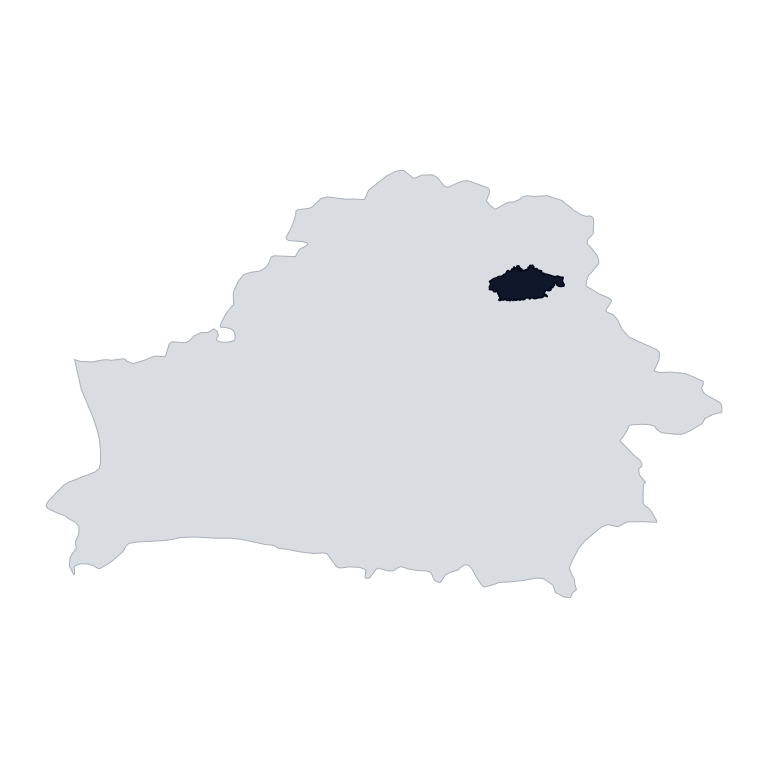 Syanno, Vitebsk, Belarus shown in context
{"feature_id": "67162791B30203465956125", "entity_name": "Syanno", "entity_type": "district", "adm_level": 2, "iso_a3": "BLR", "parent_name": "Belarus", "parent_adm1": "Vitebsk", "projection": "equal_earth", "projection_center": [29.908, 54.823], "detail": "fine", "context": "in_parent", "style": "filled", "palette": "ink", "viewbox_px": 768, "rotation_deg": 0, "n_neighbors": 0, "source": "geoboundaries", "source_scale": "gbopen_adm2", "svg_char_len": 9650}
<svg xmlns="http://www.w3.org/2000/svg" viewBox="0 0 768 768"><path d="M656.7,522.3L643.2,521.7L627.0,521.9L617.9,526.9L608.0,524.5L601.0,527.3L585.0,540.8L578.8,548.1L572.9,559.4L569.3,567.7L571.3,573.6L574.3,579.1L575.0,584.9L576.5,589.5L572.6,592.9L570.3,597.7L563.4,596.9L555.1,592.2L553.3,585.5L546.9,580.9L542.7,578.5L535.8,578.1L524.7,580.3L510.2,581.9L499.2,582.4L493.2,584.7L484.4,587.1L481.0,584.3L476.1,576.7L472.2,569.2L469.4,565.9L467.0,564.9L464.1,565.1L460.6,567.5L458.1,570.0L448.9,572.8L444.9,575.5L440.4,582.5L437.4,582.0L434.4,580.4L431.0,572.6L426.2,570.8L418.5,570.7L409.0,569.1L401.4,566.7L398.5,567.3L393.9,570.6L388.9,571.1L378.1,568.1L375.9,569.5L369.6,578.0L366.6,578.4L365.0,577.4L366.0,569.9L359.7,567.3L349.1,566.9L341.6,567.9L337.9,567.7L336.1,566.2L327.1,553.7L322.3,552.9L313.6,553.5L300.8,552.0L286.2,549.2L278.1,548.2L273.9,545.4L264.9,544.4L240.6,539.2L230.7,538.2L216.1,538.2L193.8,537.0L179.5,537.6L172.8,539.4L165.1,540.5L138.6,541.9L129.0,543.3L126.2,545.9L122.9,551.7L111.5,561.6L100.7,568.2L98.7,568.8L92.6,565.3L87.5,564.1L81.4,563.7L77.1,564.8L74.3,566.5L74.4,574.2L73.7,574.8L69.4,565.7L70.1,557.5L72.9,552.8L76.3,548.5L75.3,542.2L78.7,533.8L79.1,527.8L77.8,525.2L75.4,522.2L68.7,518.8L65.8,516.2L56.6,512.7L47.5,508.4L46.1,505.7L46.6,503.9L48.4,501.1L55.8,493.1L63.8,485.2L68.8,482.1L95.1,472.0L99.2,468.5L100.5,462.6L100.5,450.7L99.4,439.8L97.8,432.3L93.4,418.3L81.3,389.4L74.6,359.6L79.8,361.3L92.0,362.0L101.8,360.0L106.8,359.7L111.3,360.3L124.2,358.7L127.2,361.3L132.8,363.7L144.2,360.3L154.3,356.1L164.7,356.6L166.2,354.5L169.1,344.0L172.3,341.7L184.6,342.8L189.2,340.9L194.2,335.7L201.6,332.5L207.6,332.5L214.1,328.9L217.1,331.3L218.5,335.6L216.3,339.1L217.1,340.4L221.5,342.2L229.0,342.1L233.8,340.7L235.0,338.7L235.1,335.1L234.0,331.7L230.9,328.8L225.0,327.4L220.8,327.3L220.2,325.5L221.7,321.6L225.6,314.3L230.4,307.8L233.2,305.3L233.7,303.1L233.3,299.1L233.4,292.1L237.8,282.1L243.5,274.7L250.8,272.3L259.8,271.0L265.6,267.5L268.5,263.5L271.1,257.1L274.0,255.8L295.4,256.6L298.8,250.3L300.7,248.5L304.9,246.6L307.8,244.4L306.8,242.6L301.3,241.5L288.5,240.5L285.9,238.4L286.8,235.9L290.4,229.4L293.9,221.0L295.7,214.6L296.0,210.8L297.9,209.7L308.4,208.5L311.9,207.2L321.1,198.4L328.0,196.9L345.6,199.2L353.7,199.0L364.0,199.6L364.9,198.7L368.7,190.0L386.4,176.1L395.8,171.3L401.7,170.3L403.8,170.5L413.0,177.9L415.2,178.1L421.5,175.1L432.3,174.8L437.3,177.4L444.3,186.3L448.0,187.4L458.6,182.4L464.4,180.7L468.2,180.8L487.9,187.8L489.4,190.0L489.5,192.6L486.4,200.8L490.5,205.9L495.3,209.3L505.5,203.6L509.2,202.1L513.3,202.0L518.8,199.9L522.8,196.8L526.6,195.7L533.9,196.4L547.0,195.7L562.4,200.6L563.7,202.2L571.4,208.0L574.1,210.9L576.6,211.8L580.8,214.6L586.2,216.4L590.0,215.9L591.9,216.8L593.6,219.0L593.7,222.8L593.2,233.8L587.8,239.5L587.1,241.5L587.4,243.9L591.8,248.6L597.4,256.0L598.8,260.2L598.8,263.4L591.2,272.9L588.6,275.1L586.9,279.7L586.0,284.5L586.6,286.4L599.5,294.0L609.1,298.1L611.2,300.1L611.4,301.3L606.4,309.4L606.0,311.6L613.7,315.0L617.9,320.3L621.8,329.0L629.2,337.3L656.5,349.5L658.9,351.7L659.7,354.3L658.9,360.0L654.1,370.9L658.8,372.5L670.8,372.1L685.4,373.5L703.1,381.2L703.2,384.7L701.5,387.8L702.7,391.2L704.7,394.0L720.1,402.7L721.6,405.2L721.9,409.4L721.6,412.5L717.4,413.2L712.7,414.6L705.1,418.4L702.2,423.6L689.9,430.9L682.3,434.2L676.2,434.3L661.6,432.8L656.5,429.2L654.3,426.0L648.7,424.5L641.3,424.3L631.1,424.9L629.0,425.9L627.4,429.9L623.1,436.8L620.0,440.8L633.2,454.5L639.8,460.1L641.9,463.6L641.8,466.1L638.7,469.0L639.3,474.8L645.7,482.5L643.6,483.8L643.1,493.3L643.2,503.4L645.0,505.9L648.4,507.9L651.4,511.6L656.3,520.1L656.7,522.3Z" fill="#d9dde1" stroke="#a8b0b8" stroke-width="1"/><path d="M532.9,265.6L532.8,265.3L532.6,265.2L532.3,265.2L531.7,265.5L531.3,265.6L531.1,265.5L530.5,265.3L530.2,265.3L529.7,265.6L529.7,266.0L530.0,266.4L529.7,266.9L529.4,267.0L529.0,267.0L528.3,267.1L528.0,267.8L528.0,268.1L528.0,268.4L528.2,268.6L528.5,268.8L528.7,269.1L528.6,269.3L528.2,269.4L527.5,269.4L526.7,269.4L526.2,269.5L525.6,269.8L525.2,270.0L524.8,270.2L524.3,270.4L523.7,270.4L523.3,270.4L523.0,270.3L522.4,270.3L521.9,270.4L521.4,270.6L521.0,270.8L520.7,271.0L520.1,271.0L520.0,270.8L520.0,270.5L520.1,270.2L520.4,270.1L520.7,270.1L521.0,270.0L521.4,269.8L521.7,269.6L521.8,269.2L521.5,268.9L521.2,268.7L520.7,268.6L520.2,268.2L519.9,267.7L519.6,267.3L519.1,266.8L519.1,266.6L519.0,266.2L518.9,266.0L518.3,265.8L517.8,265.9L517.2,265.9L516.9,266.2L516.8,266.6L516.7,266.9L516.8,267.2L517.0,267.4L517.5,267.7L518.0,268.1L518.5,268.6L518.7,269.0L518.5,269.4L518.3,269.7L518.0,269.7L517.6,269.5L517.3,269.2L517.0,269.0L516.6,268.7L515.9,268.3L515.6,268.1L515.1,267.9L514.8,267.6L514.5,267.3L514.2,267.0L513.6,267.2L513.6,267.4L513.7,267.7L514.1,268.1L514.4,268.4L514.7,268.8L514.9,269.0L514.6,269.4L514.3,269.5L513.8,269.6L513.5,269.6L513.3,269.4L513.1,269.1L512.6,268.9L512.3,268.9L512.0,269.0L511.7,269.2L511.4,269.7L511.4,270.3L511.3,270.6L511.0,271.0L510.8,271.2L510.3,271.4L510.0,271.5L509.6,271.5L509.2,271.4L509.1,271.1L508.8,270.8L508.6,270.6L508.2,270.5L507.7,270.6L507.2,270.9L507.0,271.2L506.8,271.6L506.6,272.2L506.5,272.5L506.2,272.9L505.9,273.3L505.4,273.7L505.2,274.0L504.8,274.3L504.2,274.5L503.7,274.5L503.4,274.7L503.5,275.0L503.3,275.5L502.8,275.7L501.9,276.0L501.3,276.2L500.7,276.4L500.2,276.4L499.7,276.4L499.2,276.4L498.8,276.4L498.2,276.6L497.9,276.8L497.7,277.0L497.5,277.3L497.1,277.5L496.6,277.8L496.1,277.9L495.5,278.0L495.0,278.1L494.6,278.3L493.8,278.6L493.2,278.9L492.6,279.2L492.0,279.7L491.7,280.1L491.1,280.5L490.5,280.9L489.8,281.1L489.5,281.5L489.6,281.8L489.8,282.2L490.1,282.6L490.3,282.9L490.5,283.4L490.5,284.1L490.4,284.6L490.3,285.0L490.2,285.3L489.7,286.0L489.5,286.3L489.3,286.9L489.4,287.3L489.5,287.5L489.7,287.9L489.7,288.1L489.6,288.4L489.5,288.7L489.3,289.0L489.5,289.5L490.3,289.7L490.8,289.7L491.5,289.7L492.1,289.7L492.7,290.0L493.0,290.4L493.2,290.7L493.7,291.3L494.1,291.7L495.2,291.8L495.8,291.8L496.3,291.6L496.7,291.4L497.1,291.4L497.6,291.7L497.8,292.1L497.8,292.3L497.8,292.8L497.7,293.1L497.7,293.4L497.9,293.8L498.3,293.9L498.7,294.1L498.9,294.4L499.0,294.6L498.8,295.4L498.9,296.0L499.3,296.3L499.6,296.5L499.8,296.9L499.9,297.4L499.9,297.8L500.3,298.1L500.3,298.5L500.0,298.8L499.6,299.1L499.1,299.3L498.9,299.6L498.8,299.9L499.1,299.9L499.3,300.1L499.5,300.3L499.7,300.5L500.1,300.5L500.7,300.3L501.1,300.1L501.9,299.8L502.3,299.7L502.8,299.9L503.3,300.1L503.6,300.1L504.2,299.8L504.9,299.5L505.4,299.4L505.9,299.5L506.1,299.8L506.2,300.1L506.5,300.4L506.9,300.4L507.7,300.4L508.1,300.2L508.5,300.1L508.8,300.0L509.0,300.0L509.3,300.4L509.4,300.6L509.7,300.8L510.1,300.8L510.3,300.6L510.3,300.2L510.4,299.9L510.6,299.7L510.9,299.5L511.2,299.4L511.4,299.4L511.6,299.7L511.8,299.9L512.0,300.2L512.2,300.4L512.5,300.5L512.9,300.5L513.2,300.5L513.5,300.4L514.0,300.2L514.3,300.0L514.6,299.9L514.8,299.9L515.2,299.9L515.5,300.1L515.7,300.3L515.9,300.3L516.4,300.3L516.7,300.2L517.0,300.0L517.4,299.8L517.6,299.6L517.8,299.5L518.2,299.5L518.4,299.5L518.7,299.7L519.1,299.9L519.4,300.0L519.7,300.1L520.1,300.1L520.3,300.1L520.6,299.9L521.0,299.6L521.5,299.5L521.8,299.5L522.3,299.6L522.5,299.6L522.9,299.7L523.3,299.7L523.5,299.6L523.9,299.6L524.5,299.5L525.1,298.9L525.3,298.5L525.7,298.1L526.4,297.9L527.2,297.9L528.3,297.9L528.8,298.0L529.3,298.1L529.4,298.5L529.5,299.0L529.9,298.9L530.5,298.6L531.0,298.2L531.4,297.9L531.7,297.7L532.2,297.7L532.7,297.7L533.1,298.0L533.6,298.4L533.9,298.6L534.5,298.7L534.9,298.7L535.4,298.6L536.3,298.4L537.1,298.1L537.7,297.9L538.1,297.7L539.0,297.7L539.7,297.7L540.5,297.7L541.0,297.7L541.4,297.7L541.9,297.6L542.3,297.4L542.7,297.2L543.4,296.6L543.9,296.1L544.5,295.9L545.1,295.8L545.6,295.8L545.9,296.0L546.2,296.3L546.6,296.5L547.1,296.6L547.3,296.5L547.3,296.2L546.9,295.7L546.5,295.3L546.3,295.0L545.7,294.6L545.3,294.3L544.7,293.9L544.2,293.5L543.9,293.2L543.8,292.7L544.1,292.4L544.4,292.0L545.2,291.6L545.3,291.2L545.3,290.7L545.6,290.2L545.9,290.1L546.8,290.1L547.1,290.3L547.6,290.6L548.0,290.7L548.7,290.7L549.4,290.7L550.2,290.4L550.6,290.2L550.9,289.9L551.1,289.6L551.1,289.2L550.8,288.8L550.5,288.5L550.6,288.3L551.0,288.0L551.7,287.8L552.1,287.7L552.6,287.5L552.9,287.3L553.1,287.1L553.2,286.7L553.2,286.4L553.4,286.0L554.0,285.6L554.3,285.5L554.5,285.2L554.6,284.7L554.4,284.4L554.1,284.0L554.2,283.4L554.8,283.1L555.4,283.0L556.0,283.1L556.3,283.3L556.5,283.5L556.5,283.8L556.7,284.3L556.8,284.6L557.0,284.9L557.2,285.3L557.6,285.6L557.9,285.8L558.7,286.1L559.0,286.2L559.6,286.4L560.2,286.5L561.1,286.5L561.7,286.4L562.6,286.3L563.3,286.2L563.6,286.2L563.8,286.0L564.0,285.7L564.1,285.3L564.1,284.9L564.1,284.3L563.9,283.9L563.5,283.4L563.1,282.9L562.7,281.9L562.6,281.1L562.5,280.5L562.5,280.0L562.7,279.5L562.8,278.9L562.9,278.6L563.1,278.1L563.2,277.8L563.1,277.5L563.0,277.3L562.4,277.2L561.8,277.2L561.2,277.2L560.3,277.1L559.7,276.9L558.8,276.5L557.8,276.0L557.7,276.0L557.4,276.1L556.7,276.4L556.3,276.4L555.9,276.5L555.3,276.6L554.7,276.6L554.0,276.5L553.5,276.4L552.3,276.0L551.8,275.8L551.2,275.5L550.3,275.3L549.7,275.1L548.7,274.8L547.2,274.3L546.3,274.1L545.8,274.0L545.5,274.1L545.1,274.4L544.8,274.8L544.7,275.0L544.4,275.2L543.9,275.2L543.7,275.1L543.7,274.7L544.1,273.8L544.1,273.4L543.8,273.2L542.3,273.0L541.6,272.9L541.1,272.6L541.1,272.1L541.4,271.7L541.7,271.3L541.6,271.0L541.4,270.7L540.8,270.6L540.1,270.5L538.7,270.4L538.0,270.0L537.7,269.6L537.4,269.2L537.0,268.7L536.5,268.6L535.8,268.6L535.1,268.7L534.0,268.7L533.7,268.4L533.6,268.0L533.6,267.6L533.7,267.2L533.9,267.0L533.9,266.7L533.6,266.5L533.3,266.3L533.1,266.2L532.9,265.9L532.9,265.6Z" fill="#0f172a" stroke="#020617" stroke-width="1.5"/></svg>